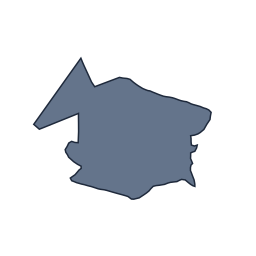 Campo Alegre, Alagoas, Brazil (Albers equal-area conic projection), rotated 150°
{"feature_id": "56859067B15895498916123", "entity_name": "Campo Alegre", "entity_type": "district", "adm_level": 2, "iso_a3": "BRA", "parent_name": "Brazil", "parent_adm1": "Alagoas", "projection": "albers", "projection_center": [-36.296, -9.82], "detail": "fine", "context": "isolated", "style": "filled", "palette": "slate", "viewbox_px": 256, "rotation_deg": 150, "n_neighbors": 0, "source": "geoboundaries", "source_scale": "gbopen_adm2", "svg_char_len": 1731}
<svg xmlns="http://www.w3.org/2000/svg" viewBox="0 0 256 256"><g transform="rotate(150 128 128)"><path d="M89.8,65.0L89.4,67.8L89.1,70.3L87.7,72.5L86.2,75.1L84.1,74.9L81.8,74.4L78.6,76.4L76.6,78.6L79.5,79.2L81.6,81.5L80.3,84.5L78.7,87.3L77.6,90.0L74.0,88.6L70.4,87.9L67.6,88.0L63.0,88.8L58.1,91.7L54.7,93.4L52.8,94.3L50.6,97.2L48.2,100.0L49.0,103.2L50.6,105.6L52.6,107.7L54.7,110.5L57.6,113.5L59.9,115.8L61.4,117.5L62.6,119.4L64.2,121.5L66.2,123.1L68.3,125.0L70.1,127.0L71.4,128.6L73.0,130.5L74.5,132.1L76.9,134.2L79.2,135.9L81.5,137.9L83.9,140.7L85.2,142.3L86.9,144.5L88.8,146.9L90.4,149.1L92.1,150.5L93.6,152.3L95.5,154.8L96.8,157.2L98.0,159.4L99.3,162.2L100.4,164.8L101.1,166.8L101.9,169.1L104.1,171.4L107.5,173.8L110.1,176.1L136.2,180.4L136.6,185.9L134.9,204.2L134.5,207.8L133.9,212.0L207.8,178.3L205.4,171.3L200.7,170.6L163.6,165.4L165.5,162.1L168.3,157.1L172.7,149.4L178.5,140.2L181.3,142.1L183.5,144.6L186.8,144.6L190.0,142.4L193.2,140.7L194.0,138.1L193.8,134.9L194.0,132.4L191.9,126.0L189.9,121.9L187.7,118.4L188.8,116.4L191.4,116.1L193.5,115.3L197.2,114.0L200.9,113.7L203.0,113.5L203.1,110.5L201.3,108.3L199.8,106.3L198.0,104.5L196.5,102.9L194.1,100.7L192.1,98.6L190.6,97.1L189.1,95.7L186.3,92.6L184.2,90.2L182.4,88.6L179.5,86.4L177.5,84.5L173.5,80.3L170.0,76.7L166.4,73.1L163.7,70.3L162.2,68.6L160.6,64.8L158.6,63.5L153.2,61.9L149.9,62.1L146.8,62.3L144.5,62.5L141.3,63.0L138.4,64.1L135.3,64.9L132.5,64.1L129.6,62.8L127.2,61.9L124.5,60.9L121.1,60.4L118.4,59.7L115.1,58.3L112.4,57.1L109.8,57.0L107.3,56.7L104.4,54.4L103.0,50.5L102.0,48.0L100.7,45.6L99.3,44.0L98.2,46.0L97.4,48.1L96.7,50.2L96.3,52.9L95.9,55.3L95.5,57.7L95.2,59.9L93.7,62.5L92.0,64.4L89.8,65.0Z" fill="#64748b" stroke="#1e293b" stroke-width="1.5"/></g></svg>